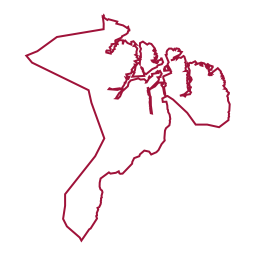 the district of Sør-Varanger nor, Finnmark, Norway
{"feature_id": "86288312B98224162040661", "entity_name": "Sør-Varanger nor", "entity_type": "district", "adm_level": 2, "iso_a3": "NOR", "parent_name": "Norway", "parent_adm1": "Finnmark", "projection": "mercator", "projection_center": [30.163, 69.519], "detail": "fine", "context": "isolated", "style": "outline", "palette": "rose", "viewbox_px": 256, "rotation_deg": 0, "n_neighbors": 0, "source": "geoboundaries", "source_scale": "gbopen_adm2", "svg_char_len": 5691}
<svg xmlns="http://www.w3.org/2000/svg" viewBox="0 0 256 256"><path d="M26.3,55.7L32.0,62.6L88.6,90.2L91.4,102.7L104.3,138.4L95.2,156.2L65.1,194.2L65.1,205.7L63.1,218.9L66.9,226.4L79.7,237.5L81.4,240.6L89.2,229.3L90.6,228.5L97.0,218.5L96.2,216.1L97.0,215.4L96.8,213.0L98.2,209.5L97.5,207.9L99.2,207.1L100.6,204.2L101.0,202.1L100.7,201.1L101.1,200.2L101.0,198.2L101.8,197.5L101.5,195.9L102.5,192.2L102.0,190.6L100.5,189.4L99.6,186.7L99.7,182.7L100.6,178.5L108.9,172.4L110.5,173.6L115.9,172.8L118.7,171.3L119.4,173.3L120.3,173.8L122.6,173.6L132.1,163.7L132.3,161.9L134.2,158.1L139.3,156.2L140.0,154.3L144.3,150.6L149.1,151.6L151.2,154.5L156.4,152.2L158.5,150.1L161.6,144.1L164.7,140.5L164.4,138.3L165.0,130.6L166.0,128.2L169.4,125.3L170.0,121.8L169.7,120.6L170.3,119.0L169.6,114.5L168.2,112.1L168.0,109.9L167.5,109.2L167.3,105.5L166.4,101.7L162.8,101.9L162.3,98.5L165.8,96.6L164.2,93.9L163.1,87.4L161.4,85.1L161.6,83.0L162.2,84.5L163.2,83.9L162.2,82.5L158.3,82.7L155.0,86.4L149.9,89.2L149.2,90.7L150.0,95.6L150.7,96.9L150.9,105.5L152.0,113.5L150.8,113.2L150.1,108.4L150.3,106.1L149.2,105.5L150.0,105.7L149.6,102.1L150.0,99.7L149.6,98.3L150.2,96.9L149.2,95.4L149.3,94.3L148.4,94.3L148.3,93.3L148.8,93.2L147.9,92.2L147.7,90.4L148.2,90.0L147.7,88.1L148.3,87.9L148.9,89.4L150.1,89.0L158.5,80.7L159.0,78.9L157.7,77.3L160.5,76.9L160.4,76.0L161.7,73.8L160.0,70.9L158.9,71.7L158.6,73.0L157.9,72.7L158.1,71.3L157.8,71.0L156.7,71.9L157.7,72.5L157.2,73.1L152.0,74.0L152.4,75.8L150.0,77.7L149.3,76.6L148.7,77.7L148.8,78.9L146.6,82.4L146.0,82.5L146.4,81.4L146.1,80.8L144.2,79.2L140.6,79.6L138.3,78.4L130.8,80.4L128.7,82.7L127.8,86.3L122.2,91.4L120.1,96.4L117.9,98.6L116.1,98.4L116.9,97.9L116.4,97.4L119.3,92.9L122.8,90.3L119.9,89.1L117.6,89.9L108.8,89.2L109.5,88.3L112.2,89.3L119.8,88.3L122.8,89.3L122.3,87.6L124.4,84.5L124.7,82.7L125.5,82.8L126.8,79.6L125.9,77.8L128.4,78.9L129.3,76.8L127.5,77.2L127.9,76.4L126.9,76.0L126.3,74.4L131.0,73.4L131.7,71.5L132.4,71.9L131.6,69.8L134.9,65.6L134.7,64.6L135.9,64.9L137.2,63.3L134.8,61.2L138.6,59.9L138.5,58.8L136.6,57.2L137.3,55.9L135.4,54.8L136.7,53.9L136.4,51.9L137.3,48.5L134.9,45.8L134.0,45.9L135.2,44.0L136.1,44.3L133.5,41.3L131.3,41.9L131.4,44.6L127.5,43.0L125.2,40.5L123.9,41.1L122.7,44.4L123.0,40.4L119.5,40.1L117.5,41.9L117.2,42.7L117.6,44.0L116.5,43.9L115.9,46.0L114.7,46.2L114.3,48.5L114.7,49.0L113.0,50.0L113.1,51.0L112.1,52.1L111.0,52.2L110.8,53.6L106.3,52.5L106.2,51.2L106.7,50.5L110.5,50.7L110.7,49.0L109.7,47.3L111.6,45.7L111.6,44.2L114.9,43.8L115.9,41.9L115.2,41.0L115.5,40.3L121.6,37.6L122.0,36.3L126.2,34.2L127.8,32.8L128.0,31.2L129.4,30.5L129.3,29.4L127.8,28.5L128.4,27.9L128.2,26.9L126.9,27.8L123.1,25.4L116.4,23.6L117.3,21.6L108.4,19.2L107.4,20.0L102.8,16.8L103.7,23.7L103.6,29.2L56.9,37.0L37.4,51.2L26.3,55.7ZM178.9,48.9L176.3,48.4L175.3,50.0L174.3,48.9L173.3,50.2L171.6,48.6L169.1,48.6L167.2,50.5L166.6,52.1L166.8,54.6L165.7,54.9L168.7,62.3L167.8,63.7L167.7,65.1L170.3,69.6L169.8,70.1L171.1,71.3L170.7,71.8L171.1,73.0L163.3,76.4L163.3,78.2L164.4,81.0L164.0,81.9L165.8,83.4L165.5,84.1L165.8,85.6L164.0,87.2L165.1,93.4L164.5,93.7L166.2,96.5L167.5,96.0L173.1,99.6L187.2,112.8L195.7,124.6L207.2,124.6L219.1,127.2L228.5,120.1L228.5,117.5L229.1,116.7L228.8,115.5L229.1,113.4L228.4,112.2L229.3,111.0L229.7,104.2L228.1,100.8L227.9,97.5L227.2,96.1L228.1,94.4L229.1,94.8L228.7,94.5L228.9,92.8L226.7,91.1L227.0,90.4L226.2,89.0L224.8,88.8L225.4,88.4L223.4,85.7L224.7,84.7L224.5,83.7L224.9,82.7L224.3,82.2L224.8,81.6L224.7,80.8L223.3,79.8L223.0,77.7L223.7,77.9L223.3,76.7L222.5,77.3L222.9,76.0L222.2,74.9L221.6,75.4L221.8,73.6L220.8,72.9L220.9,71.5L217.8,68.2L211.5,73.1L211.8,73.5L210.9,73.3L211.4,75.1L209.4,75.2L208.7,74.8L209.4,72.2L208.7,70.8L208.8,70.1L211.5,69.7L211.4,68.7L212.7,67.3L212.7,66.4L209.1,65.2L209.1,66.2L207.8,66.2L209.7,67.5L207.6,67.2L208.6,68.6L207.4,68.6L206.0,66.8L208.9,64.9L207.8,64.0L205.8,65.2L204.3,63.4L201.1,62.6L200.6,62.8L202.3,64.7L202.4,65.8L200.4,65.2L200.4,64.0L199.0,63.3L194.7,65.0L196.9,63.3L195.1,61.3L191.6,63.1L189.7,62.6L190.1,62.9L188.8,63.4L189.0,66.4L188.0,64.7L188.0,66.5L189.7,70.4L189.5,73.4L189.0,73.7L189.4,74.4L189.2,75.8L191.1,77.8L191.7,79.7L190.9,81.0L189.9,79.0L189.4,78.6L189.2,79.7L190.0,80.8L189.2,83.9L189.4,84.9L190.2,87.5L190.9,87.4L190.9,87.5L189.6,87.8L190.1,89.9L189.8,91.2L191.0,92.3L190.0,94.2L186.1,94.8L185.1,96.5L183.3,95.4L179.9,95.7L184.4,94.2L188.6,90.6L187.6,87.3L187.8,83.5L187.2,83.3L187.4,82.3L187.1,80.1L187.7,78.3L187.1,77.9L187.6,76.7L187.0,74.8L187.8,73.6L187.4,70.9L185.3,71.0L185.9,70.6L185.5,67.9L186.3,66.6L185.7,65.2L186.0,63.7L185.2,62.4L185.8,62.0L185.6,60.7L184.4,56.7L183.5,56.0L180.9,57.9L178.7,57.3L177.0,58.9L177.2,57.5L176.1,57.4L174.1,59.5L170.9,60.4L173.8,59.2L173.8,57.6L179.9,54.6L181.8,51.9L178.6,51.0L179.7,50.0L178.9,48.9ZM147.2,44.6L142.9,41.6L140.0,43.1L139.9,46.6L141.0,48.8L140.0,51.4L140.8,53.1L140.9,56.8L139.9,56.6L140.7,59.4L140.0,60.1L139.8,63.9L139.2,62.9L137.7,63.4L135.6,66.3L134.9,70.4L134.2,71.3L134.6,72.4L132.3,76.7L144.4,75.9L143.6,72.6L142.8,71.4L143.0,70.7L141.2,67.7L141.4,67.4L142.7,68.4L143.8,72.8L146.2,74.1L152.3,69.1L157.0,67.0L157.6,65.4L161.8,64.2L163.1,62.2L161.6,58.4L161.1,58.5L161.3,59.4L158.0,60.8L157.9,62.3L157.1,63.1L156.2,63.0L156.0,61.6L154.1,62.4L152.4,61.5L151.8,60.5L155.8,60.0L155.7,58.8L154.8,58.8L154.6,57.8L155.9,58.1L156.3,59.8L156.6,58.3L156.3,57.0L157.1,57.1L157.3,56.0L156.6,54.8L154.6,54.4L154.8,53.3L155.9,53.1L155.2,52.5L155.1,51.4L155.8,50.8L155.3,49.9L152.8,51.3L154.8,48.4L151.4,44.0L149.1,43.3L147.2,44.6ZM166.6,65.8L164.6,67.3L165.0,69.0L164.0,69.2L164.2,70.8L169.1,70.3L166.6,65.8ZM102.9,16.6L103.3,16.7L104.0,16.0L103.7,15.4L102.9,16.6Z" fill="none" stroke="#9f1239" stroke-width="2"/></svg>